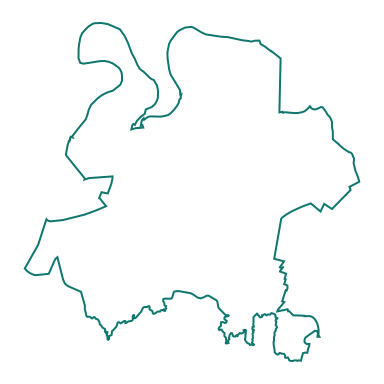 the district of Tlacojalpan, Veracruz, Mexico
{"feature_id": "50627088B3891560925219", "entity_name": "Tlacojalpan", "entity_type": "district", "adm_level": 2, "iso_a3": "MEX", "parent_name": "Mexico", "parent_adm1": "Veracruz", "projection": "natural_earth1", "projection_center": [-95.942, 18.194], "detail": "fine", "context": "isolated", "style": "outline", "palette": "teal", "viewbox_px": 384, "rotation_deg": 0, "n_neighbors": 0, "source": "geoboundaries", "source_scale": "gbopen_adm2", "svg_char_len": 5984}
<svg xmlns="http://www.w3.org/2000/svg" viewBox="0 0 384 384"><path d="M112.0,331.3L115.9,327.3L117.0,325.2L117.3,323.3L118.3,322.2L119.1,322.3L120.7,323.4L124.4,320.9L125.3,321.1L125.4,323.0L125.8,323.1L128.4,321.4L131.7,320.9L132.5,320.2L132.8,319.5L132.7,316.8L133.1,315.4L133.7,315.0L134.0,315.2L133.9,318.0L134.4,318.3L135.6,318.0L140.9,312.0L143.0,307.8L144.1,307.1L147.3,306.9L148.4,306.2L149.3,306.3L149.7,307.4L149.4,308.5L149.9,309.8L152.0,310.7L152.6,311.8L152.8,313.4L153.8,313.8L154.8,313.5L157.5,311.7L160.2,311.5L160.8,310.4L161.4,310.1L162.5,310.0L163.1,310.4L163.8,309.4L164.1,309.5L164.3,310.7L164.9,310.9L166.1,308.3L165.7,307.9L166.1,306.1L165.0,305.8L164.5,305.2L164.3,303.3L163.9,302.2L163.2,301.4L163.3,299.1L164.9,298.6L171.2,298.7L172.3,297.5L173.7,292.2L174.6,291.5L177.0,291.1L179.3,291.2L190.6,293.2L193.0,294.4L197.7,297.6L200.6,298.4L203.7,297.3L206.9,295.6L208.7,295.7L216.6,300.4L217.4,301.8L218.3,307.1L219.3,308.7L225.0,314.5L226.1,315.2L228.2,315.1L228.6,315.6L228.0,316.2L225.1,316.8L224.4,317.7L224.5,319.3L226.7,320.9L226.4,322.3L225.8,322.8L224.6,322.9L222.9,322.0L221.2,322.1L220.9,322.7L220.9,326.0L219.3,327.2L218.6,328.6L218.9,329.6L219.3,330.1L220.8,329.5L221.6,329.6L222.5,331.3L224.5,333.1L224.4,336.0L226.2,338.2L226.0,339.7L226.6,340.8L226.5,341.4L225.8,342.2L225.8,343.2L226.2,343.5L228.5,343.1L228.1,340.7L228.6,339.9L229.4,339.3L228.9,337.7L229.4,336.5L229.5,335.1L231.0,333.1L232.0,333.2L233.2,336.3L234.5,336.6L235.4,336.5L236.4,335.3L237.5,336.1L237.9,334.8L239.9,333.1L241.4,333.5L243.8,332.4L244.0,331.0L243.6,330.2L244.8,329.8L245.6,329.9L246.0,330.6L245.7,331.6L245.9,333.5L245.4,334.3L245.5,337.0L245.0,339.0L245.0,339.7L245.6,340.8L247.4,343.1L249.3,343.8L249.9,344.9L250.5,345.0L251.7,344.2L253.0,345.2L253.6,345.1L253.9,344.5L252.2,342.9L252.1,342.3L252.8,340.6L252.3,339.2L252.9,338.2L252.6,333.6L253.4,332.4L252.9,331.3L254.0,330.4L253.7,329.6L252.5,329.3L252.3,328.7L252.6,326.9L253.9,326.6L253.2,324.2L253.5,322.5L253.5,317.6L253.8,316.8L257.0,313.6L257.4,313.7L258.0,315.1L259.1,315.7L259.6,317.0L260.3,317.4L261.7,317.1L262.1,316.7L262.1,315.2L263.1,315.2L264.4,314.2L265.2,314.3L266.4,315.3L267.9,314.5L270.1,314.6L271.4,313.1L274.2,313.9L275.4,315.1L275.5,317.1L277.4,318.1L277.3,318.6L276.1,319.1L275.6,320.3L275.6,320.8L276.4,321.5L275.6,324.9L276.9,326.7L276.9,327.6L275.9,328.7L275.7,330.5L274.4,332.7L274.7,335.3L274.0,337.2L274.0,340.8L273.6,341.5L273.7,345.3L274.5,349.3L274.7,352.4L276.3,354.0L277.3,354.5L278.5,354.3L279.5,353.0L280.6,353.1L281.8,353.8L283.9,353.8L285.2,355.6L285.1,357.5L286.2,357.9L287.8,357.5L288.5,358.4L289.1,360.1L290.1,360.8L292.6,361.0L294.6,360.3L296.4,360.4L297.5,360.9L298.7,360.3L300.9,360.7L303.0,353.1L305.2,352.6L307.3,352.8L308.1,348.8L309.1,346.2L309.4,344.0L306.8,344.1L304.6,342.4L304.5,339.8L305.6,337.4L314.8,330.9L316.9,331.0L317.9,333.1L317.5,336.8L319.4,336.8L318.5,335.1L318.6,329.7L317.9,325.9L317.0,322.9L314.8,319.1L312.7,317.2L310.1,316.1L304.4,316.2L304.3,315.7L293.0,315.3L289.4,311.3L288.1,311.3L287.6,309.3L277.3,311.4L277.9,309.7L284.3,302.1L282.2,301.3L285.7,290.2L286.6,290.6L287.5,288.3L287.4,285.4L284.2,284.2L285.7,279.3L284.6,278.9L286.1,273.7L280.0,271.5L280.2,270.8L283.6,266.5L282.0,268.2L279.9,267.3L284.0,261.3L274.2,258.8L281.2,218.8L282.1,217.7L286.1,214.7L291.4,211.5L301.4,206.9L310.8,203.4L320.5,211.5L324.2,203.9L332.0,209.0L350.6,190.0L349.4,186.9L359.2,181.8L359.0,180.7L358.1,177.5L355.5,170.9L353.6,163.0L354.1,158.9L352.0,153.8L350.6,152.5L348.8,152.1L343.5,148.6L339.3,145.0L338.2,143.5L337.9,143.6L332.9,139.3L332.8,131.3L332.0,127.4L332.1,122.2L330.2,117.4L327.5,114.6L326.1,112.1L322.7,107.3L320.9,107.1L316.5,109.1L314.2,109.5L311.7,108.6L309.9,106.2L307.6,108.9L304.7,111.2L302.1,112.2L298.3,112.9L294.4,113.1L284.8,112.2L283.0,112.8L282.6,112.5L282.5,111.8L279.4,112.4L280.6,58.5L271.4,51.1L271.2,51.4L264.7,46.4L260.7,44.1L259.4,40.6L254.8,40.7L251.3,41.6L248.1,40.9L242.5,40.3L227.7,37.1L221.0,36.7L205.8,34.4L201.7,32.5L193.3,27.5L191.3,26.9L184.9,27.6L179.0,30.6L176.9,32.3L170.6,40.7L169.0,44.2L167.4,52.6L167.6,58.6L169.2,69.6L170.6,74.5L180.1,90.2L180.1,92.0L180.4,92.5L180.0,92.8L180.9,94.2L180.2,94.7L180.7,95.5L181.1,95.2L180.7,96.7L180.8,98.3L179.5,99.4L178.7,102.9L177.0,105.9L173.6,110.2L170.1,113.8L167.7,115.2L162.5,116.4L159.6,116.6L150.0,116.4L147.9,117.0L144.1,119.7L143.7,118.3L141.8,120.4L140.8,125.6L142.4,125.1L143.2,127.6L135.7,128.2L131.4,129.4L132.3,125.3L133.3,124.0L134.8,124.9L136.7,121.2L138.6,119.0L141.3,116.4L144.7,113.9L145.8,109.4L151.7,107.1L154.7,104.4L156.3,101.9L157.8,98.3L158.1,91.3L157.0,85.4L153.6,79.8L152.1,79.4L150.0,78.0L144.0,72.1L139.9,69.0L137.6,65.2L134.8,58.8L131.9,53.5L127.9,42.7L124.7,36.1L119.9,29.3L107.9,24.1L101.3,23.0L95.0,23.2L93.1,23.6L88.6,26.4L85.6,29.3L82.0,33.4L80.4,37.4L79.2,43.6L78.6,48.6L78.5,58.2L80.2,62.8L83.5,63.7L100.2,61.1L104.7,61.0L108.8,61.8L112.5,63.3L118.5,67.4L120.1,69.4L121.6,72.7L122.0,76.0L122.0,80.7L120.4,84.6L113.0,90.6L107.4,92.4L102.1,95.0L97.8,98.2L91.0,104.9L88.6,110.2L87.3,115.1L85.7,119.4L77.7,129.2L72.0,136.6L72.5,137.4L70.7,136.8L70.0,138.4L70.0,139.8L69.5,141.2L69.0,141.0L67.7,144.9L65.9,154.6L66.3,155.6L84.9,178.6L84.5,179.6L89.0,178.1L112.5,176.4L112.4,178.9L111.3,183.9L107.8,193.5L101.5,192.2L99.1,198.1L100.2,198.9L106.1,206.2L96.9,210.1L84.7,214.6L62.8,220.1L51.0,221.3L49.1,221.1L47.0,220.0L46.4,219.3L38.2,244.7L24.8,268.5L27.1,271.1L30.0,273.1L32.4,274.3L35.4,275.2L48.8,273.8L54.1,261.5L55.6,258.7L57.4,257.2L63.1,279.6L64.9,283.5L66.9,285.4L68.6,286.4L81.0,291.8L84.9,305.7L84.8,309.0L86.6,316.4L87.2,316.8L89.9,316.7L91.8,318.4L92.4,318.4L93.7,317.1L94.7,317.2L95.8,318.8L97.8,319.4L99.3,321.7L99.7,324.0L100.0,324.5L101.2,325.5L102.1,327.0L103.2,328.1L104.9,328.9L105.2,329.5L105.0,331.5L105.7,332.8L106.2,332.8L106.6,331.9L107.4,332.2L106.6,335.0L107.4,335.7L107.3,336.9L107.7,337.5L107.5,339.3L108.1,339.8L109.0,339.0L109.0,336.2L111.6,335.0L112.0,331.3Z" fill="none" stroke="#0f766e" stroke-width="2"/></svg>